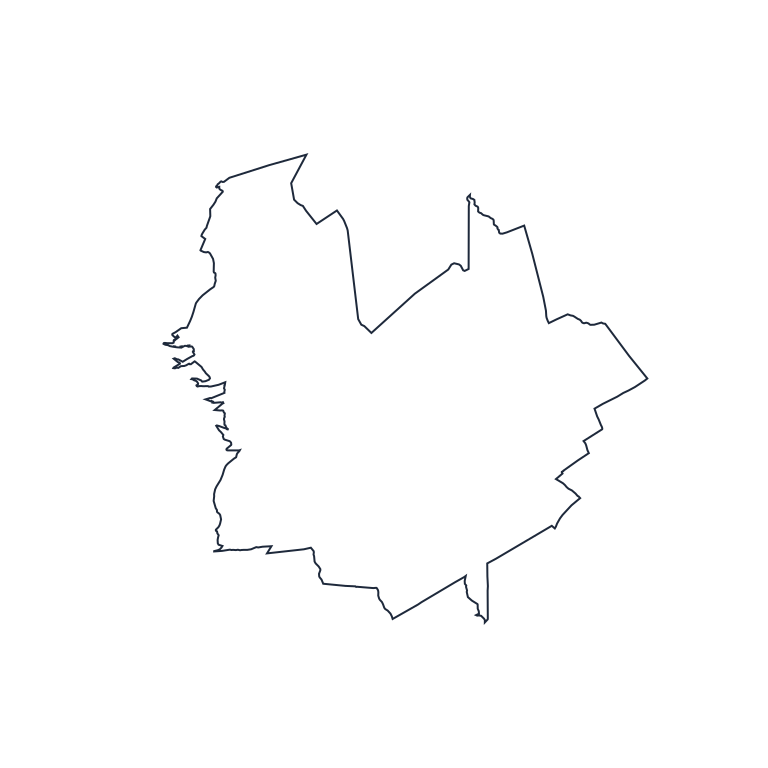 the district of Poboru, Olt, Romania, rotated 330°
{"feature_id": "2599482B3636434641620", "entity_name": "Poboru", "entity_type": "district", "adm_level": 2, "iso_a3": "ROU", "parent_name": "Romania", "parent_adm1": "Olt", "projection": "natural_earth1", "projection_center": [24.455, 44.685], "detail": "fine", "context": "isolated", "style": "outline", "palette": "slate", "viewbox_px": 768, "rotation_deg": 330, "n_neighbors": 0, "source": "geoboundaries", "source_scale": "gbopen_adm2", "svg_char_len": 6166}
<svg xmlns="http://www.w3.org/2000/svg" viewBox="0 0 768 768"><g transform="rotate(330 384 384)"><path d="M431.5,146.6L394.2,137.1L353.2,128.1L346.5,128.9L345.2,128.3L344.3,127.1L343.5,127.1L341.5,127.7L339.8,127.9L339.2,128.4L337.5,128.9L337.1,129.3L337.4,130.2L339.9,130.9L339.2,132.1L339.1,133.1L339.5,134.1L340.7,135.9L340.7,136.4L340.5,136.9L332.0,139.6L329.2,141.8L325.9,143.5L320.9,145.5L317.5,151.8L316.4,152.8L309.6,158.6L308.4,159.9L305.9,160.7L301.7,163.0L300.3,164.0L299.8,164.7L301.7,169.0L291.9,176.4L292.0,176.9L294.0,179.7L295.8,181.1L297.5,181.6L298.4,183.1L298.6,184.1L298.5,190.2L297.1,194.3L292.7,201.5L292.5,202.4L293.1,203.3L293.3,204.0L292.5,205.7L291.0,207.5L289.9,210.5L287.4,212.7L286.0,214.3L285.0,214.8L280.8,215.1L271.3,216.5L266.3,217.9L262.1,219.7L261.2,220.3L255.0,226.3L251.2,229.7L247.6,232.5L241.5,236.7L236.3,234.3L229.5,234.9L225.9,234.8L225.4,235.2L225.2,235.9L226.3,239.4L228.2,239.3L229.3,238.8L229.5,240.8L227.0,241.2L224.0,240.9L223.7,241.1L223.6,241.5L224.1,241.7L223.2,241.9L222.5,243.0L221.2,242.9L217.0,240.5L214.7,238.8L213.8,238.5L213.3,238.7L213.1,239.0L213.3,239.3L214.3,240.7L216.4,242.4L217.5,244.1L220.1,246.4L220.5,246.7L220.9,246.3L221.8,247.0L221.4,247.4L222.9,248.6L226.0,250.7L226.4,249.8L227.8,250.3L227.5,251.2L230.4,251.3L231.8,252.1L233.0,253.5L233.5,252.7L234.8,253.3L234.1,254.3L236.0,255.2L236.5,255.7L236.6,256.4L236.7,258.7L235.7,260.5L235.0,260.2L234.5,260.6L234.6,263.7L233.9,264.1L233.2,264.3L231.8,264.0L226.0,263.9L220.8,264.1L218.2,259.9L217.0,259.0L215.7,257.1L214.5,256.9L216.4,261.9L217.5,263.3L217.6,264.1L217.4,264.4L210.0,264.6L209.5,264.9L210.8,265.9L212.7,266.2L213.9,267.2L217.0,267.0L220.0,268.5L222.0,268.9L225.1,268.9L225.5,269.1L225.6,269.7L226.6,270.3L231.3,269.7L231.6,270.1L234.5,278.0L234.5,280.9L235.0,283.6L235.1,285.6L236.4,290.0L236.4,291.0L236.1,292.1L234.5,292.8L230.8,292.3L228.0,291.2L227.6,290.8L227.5,289.6L224.7,285.8L220.5,283.2L219.7,283.5L220.5,284.1L221.4,285.8L222.8,287.4L223.2,288.3L223.3,290.5L222.9,291.1L222.5,291.3L220.9,291.4L220.8,292.2L221.2,292.9L223.3,293.6L224.9,294.5L226.1,295.4L230.5,297.8L230.9,298.6L233.0,299.7L240.4,302.0L247.4,303.1L245.6,305.3L245.1,305.3L244.9,306.0L243.3,307.7L243.2,309.4L241.7,311.1L241.4,311.9L227.1,309.9L226.5,309.2L221.8,308.1L225.2,312.2L225.8,312.9L226.2,312.6L227.1,313.8L226.2,314.4L227.1,315.2L233.5,318.2L234.0,319.0L235.4,319.2L235.3,320.3L234.3,320.2L224.4,321.9L228.8,325.0L230.6,325.9L231.4,326.7L231.1,328.6L231.5,329.8L229.9,331.9L229.7,332.8L228.3,333.8L227.7,334.7L227.2,336.6L225.7,339.0L225.5,339.7L226.0,340.6L225.7,342.0L225.8,344.1L226.6,345.7L225.4,344.7L224.6,342.8L224.2,342.7L223.6,342.1L220.3,338.1L218.5,336.3L217.8,336.3L218.0,341.6L218.7,343.9L219.4,347.8L218.2,348.9L217.7,351.5L218.3,352.6L221.7,356.3L222.0,357.0L222.2,358.4L221.4,360.2L221.1,360.4L215.8,361.3L214.9,361.7L214.7,362.4L214.9,362.9L215.4,363.3L225.2,369.0L226.1,369.2L225.3,369.7L222.3,370.7L221.5,371.2L219.3,373.5L216.8,373.6L209.4,374.8L207.2,375.4L205.6,376.1L202.8,378.2L198.8,382.0L194.4,385.4L187.7,389.0L185.1,390.8L181.8,394.4L180.8,396.3L178.0,400.1L176.2,407.4L176.3,409.6L175.6,410.9L175.5,411.7L176.5,414.0L176.6,415.6L175.2,419.8L172.3,422.9L170.8,424.2L169.0,425.2L165.6,426.1L165.2,426.6L165.1,427.1L165.7,428.2L165.0,430.1L165.2,432.3L163.5,434.0L161.9,435.9L160.4,438.9L160.4,440.5L163.1,443.5L161.4,444.4L159.0,445.1L156.8,444.8L153.4,443.8L153.2,444.1L160.4,447.6L167.7,450.4L168.9,451.5L170.4,452.2L172.7,453.8L174.6,454.5L176.2,456.0L178.1,456.7L182.7,459.3L186.3,460.7L191.8,461.4L193.4,462.7L197.5,464.2L205.4,468.2L198.0,472.2L232.0,487.1L238.8,489.2L239.5,493.5L239.2,494.5L237.7,496.5L237.4,498.1L235.1,503.1L235.1,505.2L236.2,509.4L236.3,512.5L235.7,513.5L232.8,515.9L231.7,518.2L231.6,519.3L232.1,522.1L231.5,526.6L249.7,539.6L258.0,544.9L258.2,545.5L258.6,545.9L259.1,546.0L272.7,555.4L275.3,556.6L275.7,557.2L275.7,559.7L275.0,561.5L273.2,564.4L272.5,567.4L272.5,568.7L273.2,571.9L273.0,574.4L272.4,577.7L272.4,578.6L272.6,579.6L273.9,582.1L274.8,586.1L274.6,589.2L274.0,591.8L303.3,592.0L307.3,591.7L346.4,591.2L356.9,591.3L358.8,591.1L355.4,594.9L354.1,597.5L354.5,599.6L353.6,600.7L352.8,603.9L352.6,604.5L351.7,605.4L350.1,610.5L351.8,615.5L354.9,621.3L354.8,621.9L352.8,625.5L352.5,628.1L351.4,630.4L348.2,630.2L348.9,631.2L350.5,631.9L352.2,633.3L353.3,637.3L353.3,638.9L352.1,640.9L356.1,639.7L356.7,638.9L370.4,614.8L372.9,611.0L377.3,602.4L383.7,591.0L393.7,591.3L458.4,590.7L459.7,594.5L461.5,593.5L464.1,591.4L469.2,588.4L473.1,586.7L485.7,582.8L496.8,580.9L496.3,578.6L495.7,577.8L495.1,574.6L493.5,570.1L491.4,566.9L490.6,564.5L490.2,562.1L489.4,559.5L485.4,552.3L493.8,550.8L493.8,549.4L494.1,549.0L495.7,549.1L495.9,548.8L513.8,547.1L526.8,546.3L527.1,543.0L528.4,538.2L528.7,536.1L528.3,533.2L550.3,532.3L550.9,531.5L551.3,529.7L551.3,528.3L552.2,521.9L552.4,518.7L554.0,510.6L563.5,510.6L579.7,511.6L586.7,511.4L592.4,511.9L599.8,512.1L611.6,511.4L614.8,510.9L610.3,482.2L605.7,442.5L603.9,441.0L603.0,439.5L595.8,437.8L592.4,436.0L591.9,435.3L591.4,433.8L590.1,432.3L589.7,432.0L587.8,431.5L587.0,430.9L586.3,429.7L586.2,427.8L585.7,426.2L584.4,424.5L582.5,420.7L581.7,419.4L579.9,417.9L577.9,415.5L565.8,414.3L557.2,413.7L557.4,411.0L557.9,408.0L558.5,406.3L560.9,401.5L565.5,388.1L577.5,345.4L584.6,316.9L566.2,314.1L561.9,313.1L559.9,311.9L559.4,310.5L560.4,308.0L560.1,307.6L560.0,306.1L560.6,305.1L560.6,304.6L559.9,302.7L559.0,301.1L559.0,300.6L560.5,297.7L560.9,296.8L560.8,296.0L560.5,295.2L559.4,293.7L558.4,291.2L554.8,287.7L554.2,286.8L553.5,284.6L552.4,283.4L551.9,282.2L551.8,281.6L553.6,278.7L553.8,277.8L553.7,277.1L552.5,275.5L552.1,273.7L553.3,272.1L554.3,269.7L553.5,268.2L551.8,266.5L552.0,264.6L553.0,263.2L549.8,264.0L549.0,264.6L548.3,266.1L548.7,268.1L548.8,269.3L546.4,272.3L514.8,326.7L510.4,326.4L509.4,325.1L509.6,320.0L508.7,317.9L505.1,314.5L502.0,314.3L496.9,317.0L455.9,321.2L398.6,333.5L395.9,324.0L394.0,321.3L394.1,314.9L429.3,232.9L429.9,230.6L431.0,222.9L431.1,220.6L430.0,210.2L405.6,211.7L403.1,195.0L402.8,189.2L401.3,187.4L399.6,184.2L398.3,179.4L404.0,163.7L431.5,146.6Z" fill="none" stroke="#1e293b" stroke-width="2"/></g></svg>